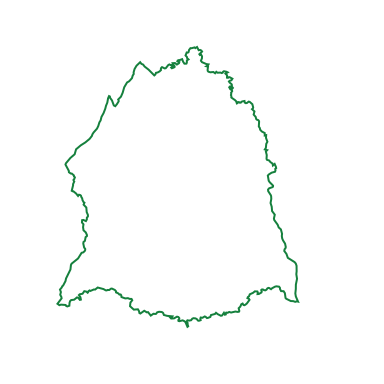 Normandia, Roraima, Brazil (Mercator projection), rotated 284°
{"feature_id": "56859067B69420104555391", "entity_name": "Normandia", "entity_type": "district", "adm_level": 2, "iso_a3": "BRA", "parent_name": "Brazil", "parent_adm1": "Roraima", "projection": "mercator", "projection_center": [-60.024, 3.837], "detail": "fine", "context": "isolated", "style": "outline", "palette": "green", "viewbox_px": 384, "rotation_deg": 284, "n_neighbors": 0, "source": "geoboundaries", "source_scale": "gbopen_adm2", "svg_char_len": 5920}
<svg xmlns="http://www.w3.org/2000/svg" viewBox="0 0 384 384"><g transform="rotate(284 192 192)"><path d="M111.3,321.4L115.8,318.0L118.6,316.8L123.0,316.2L127.2,315.2L133.2,314.9L137.5,313.1L140.4,312.7L145.7,311.3L147.7,310.0L148.8,308.5L151.3,300.9L154.8,298.6L157.1,295.8L158.8,295.7L160.1,296.3L161.3,296.3L164.4,294.8L167.1,292.0L168.7,290.8L171.0,289.8L173.2,289.5L177.2,287.3L178.6,284.7L181.0,283.0L184.7,278.6L186.1,277.9L190.0,277.8L192.9,274.3L197.0,272.9L200.3,270.9L204.5,270.6L207.1,269.8L207.9,269.3L211.3,265.7L212.8,265.2L214.3,266.0L216.1,268.8L216.8,269.3L217.8,269.1L220.3,265.0L221.5,263.7L226.3,261.6L227.7,262.4L230.0,264.6L231.7,267.6L232.9,267.8L234.6,267.2L235.5,267.9L236.6,267.4L239.2,265.4L237.3,264.1L239.1,263.2L240.0,260.8L241.2,259.3L241.4,256.9L242.2,256.3L245.9,255.6L249.1,253.9L250.8,254.8L250.9,252.4L252.7,253.0L256.7,252.4L259.0,253.0L262.4,250.7L265.1,250.2L264.4,248.9L266.8,248.3L267.6,245.1L268.9,243.1L270.5,242.3L271.7,241.0L276.5,240.1L277.3,239.6L277.8,238.8L277.9,237.3L278.4,236.6L280.3,235.6L282.0,233.1L285.3,233.1L286.9,230.2L288.0,230.9L288.9,230.9L291.8,229.3L293.4,226.2L293.4,225.1L291.8,223.9L291.2,222.8L291.5,221.6L293.0,220.9L292.0,218.8L291.4,218.1L290.6,217.8L290.2,216.9L290.6,215.7L290.3,214.8L289.3,214.7L288.8,214.1L290.7,212.9L291.5,211.6L293.2,207.3L294.4,207.1L295.5,206.3L296.7,206.4L297.7,205.9L299.6,206.6L300.3,206.2L301.0,204.3L302.6,202.8L303.6,203.4L303.1,204.2L302.2,204.5L301.9,205.3L302.2,206.2L302.9,206.5L304.0,205.1L305.5,204.8L306.2,204.3L307.3,202.0L308.2,201.1L309.2,201.9L309.9,203.2L311.7,203.8L312.5,200.7L312.3,199.9L311.5,199.3L311.4,198.3L313.7,197.8L314.9,195.9L316.7,197.7L317.0,196.4L316.9,193.8L316.2,193.1L315.2,192.9L314.6,192.1L314.8,190.9L313.9,187.8L314.5,186.5L312.8,185.7L313.6,183.7L312.6,180.9L312.7,178.8L313.3,178.0L314.2,177.6L317.5,177.2L317.5,175.6L318.8,176.8L319.8,177.1L319.6,175.1L320.4,170.3L321.5,168.9L324.1,169.3L326.1,168.9L327.5,167.6L326.8,166.6L327.5,165.8L330.7,167.8L331.5,166.9L331.8,165.5L331.2,164.2L333.9,161.8L332.4,160.4L332.9,159.5L331.4,156.8L331.2,155.7L329.2,154.8L326.9,154.8L326.2,154.2L326.1,153.1L322.9,152.7L321.8,154.4L320.8,154.8L319.8,156.5L318.5,155.2L316.2,155.7L315.2,155.5L314.7,153.6L316.2,151.9L318.5,150.3L316.9,147.9L316.7,147.1L316.1,146.3L315.2,146.2L315.0,148.3L313.8,148.2L312.0,146.5L313.0,144.3L312.3,142.0L311.4,142.6L310.0,144.5L309.2,144.9L308.4,144.3L307.2,142.5L307.7,141.7L309.4,142.8L310.5,142.2L310.0,140.4L310.3,139.2L309.5,138.3L305.8,136.6L305.3,135.7L305.9,132.7L305.0,132.1L303.7,132.0L302.8,132.4L301.2,131.4L299.7,129.8L298.9,128.2L297.1,128.0L296.0,127.2L300.2,120.3L302.3,115.6L303.8,113.8L304.1,111.9L305.4,110.3L301.1,107.6L297.4,106.5L294.0,106.4L292.4,106.9L290.6,106.3L287.9,106.2L284.2,104.2L282.6,102.5L279.6,101.6L277.2,100.9L271.5,100.7L267.3,100.0L263.9,98.0L263.2,98.6L262.2,98.9L259.1,97.9L256.7,96.8L257.1,95.2L261.5,92.2L263.6,89.7L264.8,89.2L265.0,88.3L262.6,87.9L258.2,88.2L254.9,87.7L251.9,87.7L247.1,87.1L243.0,86.0L239.3,86.0L237.2,85.3L233.4,85.1L230.5,84.5L225.9,82.1L223.8,81.4L222.2,81.3L218.8,79.8L214.3,76.5L210.4,72.8L205.4,69.2L200.2,69.0L195.7,65.8L189.3,62.7L188.0,62.6L182.8,67.3L181.4,67.8L180.6,69.8L180.8,70.9L179.5,73.4L178.6,73.7L177.9,74.8L176.0,74.6L175.3,74.1L174.5,74.3L173.7,75.2L170.8,74.7L169.8,75.0L164.1,75.0L163.8,75.9L164.0,76.7L162.5,79.9L160.6,82.4L162.0,83.0L162.0,84.2L161.6,85.1L160.0,86.1L159.4,86.9L157.5,87.8L155.9,89.3L155.6,90.2L153.5,89.9L151.4,93.2L147.0,94.7L144.5,96.6L143.0,96.9L141.7,96.2L139.9,96.6L138.1,96.1L138.6,93.4L138.1,92.2L135.8,92.6L134.4,94.5L131.5,94.8L128.6,96.0L127.1,98.7L124.8,100.5L123.8,100.7L122.5,99.7L118.7,99.9L117.2,98.8L115.6,99.0L112.0,100.8L111.0,102.1L110.0,102.4L108.8,102.2L107.1,101.1L106.3,99.6L99.9,97.5L93.3,92.5L91.9,92.2L87.4,92.8L77.6,90.7L75.0,90.8L70.1,89.6L69.1,88.9L67.8,88.7L65.4,87.5L63.2,89.0L60.4,89.0L58.6,90.6L57.3,91.2L51.0,88.5L50.1,90.7L51.0,92.1L51.8,96.7L51.0,97.5L50.8,98.7L52.0,100.5L54.8,100.0L56.6,100.1L57.9,100.9L59.0,103.7L61.9,105.9L61.8,107.2L60.2,109.3L60.7,110.2L62.9,109.2L64.6,107.2L65.6,107.8L66.8,110.4L69.7,111.5L69.8,113.5L69.0,115.1L69.7,115.5L70.7,115.5L71.7,116.4L71.4,117.3L73.7,120.4L73.9,121.6L76.5,123.6L76.4,129.6L75.7,132.1L75.9,133.1L76.5,133.7L76.9,135.4L78.7,136.9L78.9,137.8L78.3,140.8L77.2,142.4L76.2,142.6L75.8,145.0L74.9,146.4L75.3,147.5L74.7,148.3L73.0,149.0L72.6,153.0L73.5,155.5L73.2,157.3L73.6,159.2L72.5,160.2L69.8,159.0L66.2,159.5L63.8,164.0L65.1,167.9L63.6,169.4L61.8,170.3L61.6,171.3L65.2,174.4L64.3,177.3L64.8,178.4L62.1,181.9L64.5,184.0L64.8,186.0L65.2,186.7L66.8,187.3L67.8,189.0L68.2,191.3L68.1,192.4L67.5,193.4L65.9,194.4L65.8,197.8L66.6,203.1L65.8,202.8L64.9,201.3L64.2,202.4L65.0,205.1L67.4,207.6L67.4,209.0L66.6,210.1L65.8,210.4L64.4,209.7L63.6,210.1L63.6,211.0L65.2,214.0L64.8,215.9L64.2,217.1L60.1,220.2L60.8,220.8L62.6,219.7L63.9,219.4L64.5,218.5L65.3,218.2L66.4,218.6L66.5,220.3L67.4,222.2L69.1,222.9L69.9,223.9L70.2,225.9L69.9,227.3L68.7,228.9L68.7,229.8L69.7,231.4L71.3,230.7L72.3,230.8L72.5,232.6L74.3,234.4L74.2,235.4L73.3,237.0L73.7,237.9L75.2,240.0L77.2,240.2L79.2,243.8L80.6,244.5L79.7,246.5L78.9,250.0L79.5,251.1L82.5,252.2L80.9,253.6L81.4,254.4L82.5,254.0L83.3,254.4L83.4,255.8L84.6,257.1L84.5,259.1L86.5,263.0L86.7,265.3L87.2,266.5L88.0,266.7L90.5,265.4L92.5,266.6L95.0,267.0L96.0,268.1L94.8,269.3L94.8,270.2L95.6,271.1L97.1,272.2L101.3,273.9L102.2,273.0L102.4,271.5L103.5,271.6L104.7,272.6L106.7,272.8L108.9,275.6L110.8,277.0L111.3,279.5L110.4,280.2L108.8,280.3L109.2,281.5L111.2,283.6L112.1,283.8L113.6,282.9L114.4,283.5L114.6,284.4L114.2,285.6L114.3,286.9L115.2,287.9L116.6,288.4L117.4,289.2L117.5,290.1L116.8,292.2L118.0,293.0L120.2,295.4L120.9,296.7L121.2,299.4L120.3,300.5L119.1,300.9L117.4,302.4L117.9,304.9L116.3,306.6L111.8,308.4L111.2,309.3L110.1,314.3L110.6,316.6L110.4,318.7L111.3,320.3L111.3,321.4Z" fill="none" stroke="#15803d" stroke-width="2"/></g></svg>